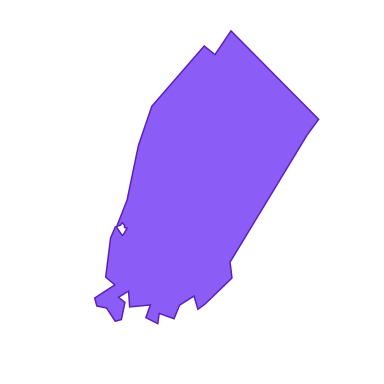 outline of Boyle, Kentucky, United States of America, rotated 130°
{"feature_id": "52423323B49829499016472", "entity_name": "Boyle", "entity_type": "district", "adm_level": 2, "iso_a3": "USA", "parent_name": "United States of America", "parent_adm1": "Kentucky", "projection": "robinson", "projection_center": [-84.779, 37.625], "detail": "fine", "context": "isolated", "style": "filled", "palette": "violet", "viewbox_px": 384, "rotation_deg": 130, "n_neighbors": 0, "source": "geoboundaries", "source_scale": "gbopen_adm2", "svg_char_len": 703}
<svg xmlns="http://www.w3.org/2000/svg" viewBox="0 0 384 384"><g transform="rotate(130 192 192)"><path d="M50.9,185.9L43.5,265.7L72.1,262.7L72.3,276.5L152.1,277.9L190.9,262.9L239.8,236.6L266.8,227.5L263.4,225.5L260.4,225.7L260.8,222.3L262.5,220.9L261.5,218.5L268.6,217.2L270.1,217.4L269.4,220.3L267.3,227.5L267.9,228.3L279.6,224.8L312.7,203.4L312.7,191.4L335.8,198.4L340.5,191.6L335.8,182.9L340.4,167.7L335.1,164.1L319.7,172.4L319.9,180.7L308.7,176.9L320.1,165.9L305.3,151.3L317.9,146.6L314.8,133.6L306.1,139.1L300.6,124.3L286.7,128.8L270.4,123.6L278.0,112.1L269.5,110.0L232.2,106.1L221.2,117.8L74.2,140.5L54.9,141.7L53.7,155.1L50.9,185.9Z" fill="#8b5cf6" stroke="#5b21b6" stroke-width="1.5"/></g></svg>